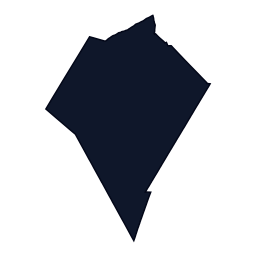 outline of Laren, Noord-Holland, Netherlands
{"feature_id": "6326949B16072016096330", "entity_name": "Laren", "entity_type": "district", "adm_level": 2, "iso_a3": "NLD", "parent_name": "Netherlands", "parent_adm1": "Noord-Holland", "projection": "robinson", "projection_center": [5.227, 52.243], "detail": "fine", "context": "isolated", "style": "filled", "palette": "ink", "viewbox_px": 256, "rotation_deg": 0, "n_neighbors": 0, "source": "geoboundaries", "source_scale": "gbopen_adm2", "svg_char_len": 5533}
<svg xmlns="http://www.w3.org/2000/svg" viewBox="0 0 256 256"><path d="M150.7,192.2L147.8,192.1L147.4,192.1L146.0,192.0L145.3,192.0L145.4,191.8L145.5,191.6L145.7,191.4L145.8,191.2L146.1,190.7L146.7,189.7L146.9,189.3L147.1,189.0L147.3,188.6L147.6,188.1L147.8,187.8L148.3,187.0L148.7,186.3L148.8,186.3L149.1,185.7L149.3,185.4L149.5,185.1L149.9,184.3L150.1,184.1L150.2,183.9L150.4,183.5L150.6,183.1L150.9,182.8L151.1,182.4L151.4,181.9L151.8,181.1L152.4,180.2L152.5,180.1L152.6,179.9L152.8,179.5L153.0,179.2L153.2,178.9L153.4,178.5L153.7,178.0L154.1,177.4L154.3,177.0L155.2,175.5L155.3,175.4L155.4,175.2L155.5,175.0L155.8,174.5L156.1,174.1L156.3,173.8L156.6,173.2L157.3,172.1L157.4,171.9L157.6,171.6L158.0,170.9L158.3,170.3L158.4,170.2L158.7,169.7L158.9,169.4L159.0,169.2L159.3,168.7L160.0,167.4L160.3,167.0L160.5,166.7L160.8,166.2L162.0,164.1L162.4,163.4L162.9,162.6L163.1,162.3L163.3,161.9L163.7,161.3L163.8,161.1L163.9,160.9L164.2,160.5L164.3,160.3L164.4,160.1L164.6,159.7L164.9,159.3L165.2,158.8L165.4,158.5L165.5,158.2L165.7,157.9L165.9,157.6L166.3,156.9L166.7,156.2L167.1,155.6L167.4,155.1L167.9,154.2L168.1,153.8L168.8,152.7L169.0,152.3L169.2,152.1L169.8,151.0L170.0,150.7L170.4,150.0L170.7,149.5L170.9,149.3L171.0,149.1L171.3,148.5L171.8,147.8L172.0,147.4L172.2,147.1L172.3,146.8L172.8,146.1L173.0,145.7L173.2,145.3L173.4,145.0L173.6,144.8L173.7,144.5L174.0,144.1L174.2,143.8L174.3,143.5L174.8,142.7L175.2,142.1L175.6,141.5L175.7,141.3L175.8,141.0L176.0,140.7L176.3,140.2L176.5,139.8L176.7,139.5L177.0,139.1L177.2,138.6L177.6,138.0L178.2,137.0L178.4,136.8L178.5,136.6L178.8,136.1L179.0,135.7L179.3,135.2L180.5,133.3L180.6,133.1L180.7,132.9L180.8,132.7L181.1,132.2L181.3,131.9L182.0,130.7L182.2,130.4L182.5,129.9L182.7,129.5L182.9,129.2L183.4,128.4L183.6,128.1L183.8,127.8L184.3,127.0L184.9,126.0L185.3,125.3L185.7,124.6L186.0,124.1L186.3,123.6L186.5,123.3L186.8,122.8L187.1,122.2L187.9,120.9L188.7,119.5L189.0,119.1L189.4,118.3L189.6,118.1L190.0,117.4L190.2,117.1L190.4,116.7L190.7,116.2L191.0,115.6L191.5,114.8L192.0,114.1L192.2,113.7L193.2,112.0L193.3,111.9L193.4,111.7L193.6,111.3L193.7,111.2L193.8,110.9L194.2,110.3L194.4,109.9L194.6,109.6L194.9,109.1L195.3,108.5L195.5,108.1L195.6,107.9L195.8,107.6L196.0,107.3L196.5,106.4L196.7,106.1L197.0,105.6L197.4,105.0L197.4,104.9L197.5,104.8L197.6,104.6L197.9,104.2L198.0,103.9L198.3,103.6L198.5,103.2L198.6,102.9L198.9,102.5L199.0,102.3L199.1,102.2L199.3,101.8L199.4,101.6L199.7,101.1L199.9,100.8L200.5,99.8L200.6,99.6L200.9,99.2L201.1,98.8L201.4,98.3L201.9,97.5L202.0,97.4L202.2,97.0L202.9,95.8L204.1,93.9L204.3,93.5L204.5,93.2L205.0,92.3L205.3,91.9L205.4,91.7L205.7,91.1L205.9,90.9L206.4,90.1L206.6,89.7L207.8,87.7L208.1,87.3L208.6,86.4L208.8,86.1L209.0,85.8L209.1,85.5L209.2,85.4L209.4,85.0L209.5,84.9L209.7,84.6L209.8,84.4L210.0,84.0L210.1,83.8L209.2,83.7L206.9,83.5L207.1,83.1L206.1,82.0L205.1,81.0L200.9,76.7L195.3,70.9L194.3,69.9L190.1,65.6L189.5,65.0L184.7,60.0L182.6,57.8L181.2,56.3L180.6,55.7L180.4,55.5L178.4,53.4L173.3,48.0L172.9,47.6L172.3,46.9L171.3,45.8L170.8,45.7L168.5,45.8L167.8,45.8L166.9,43.5L166.4,42.4L166.1,42.5L164.8,42.9L163.9,41.6L159.6,37.9L157.6,36.0L156.2,34.5L155.5,33.8L154.7,34.3L154.4,33.9L154.1,33.6L154.1,33.4L154.3,32.8L154.3,32.7L154.4,32.4L154.5,32.2L154.6,31.7L154.7,31.2L154.7,30.8L154.7,30.6L154.7,30.1L154.7,29.8L154.7,29.5L154.7,29.2L154.8,28.8L154.8,28.6L154.8,28.3L154.9,27.9L154.9,27.6L155.0,26.9L155.0,26.6L155.1,26.1L155.1,25.7L155.2,25.3L155.2,25.2L155.1,24.9L155.0,24.6L155.0,24.3L154.9,24.2L154.8,23.9L154.5,23.4L154.5,23.2L154.4,23.1L154.4,22.9L154.3,22.4L154.1,21.3L154.0,21.2L153.9,21.0L153.9,20.8L153.8,20.4L153.8,20.1L153.7,19.8L153.7,19.4L153.7,19.1L153.6,18.7L153.6,18.3L153.5,17.9L153.4,17.4L153.3,17.1L153.1,16.5L153.1,16.3L153.0,16.2L153.0,15.9L152.9,15.4L152.6,15.4L152.1,15.7L150.9,16.4L149.3,17.3L148.9,17.5L148.5,17.7L147.2,18.2L147.0,18.3L146.3,18.6L145.8,19.0L145.3,19.4L144.7,19.8L143.7,20.6L143.1,20.9L142.8,21.1L142.3,21.3L141.1,21.8L140.5,22.2L140.3,22.3L139.9,22.5L139.2,22.9L138.8,23.1L138.5,23.2L137.7,23.5L137.4,23.6L135.6,24.3L135.1,24.8L134.4,25.4L133.6,26.1L132.6,26.6L131.8,27.1L131.4,27.3L130.5,28.0L128.8,29.0L128.2,29.5L127.9,29.9L127.6,29.9L127.4,30.0L126.7,30.2L126.0,30.4L125.8,30.4L125.6,30.5L125.1,30.8L124.6,31.0L124.3,31.1L123.9,31.2L123.4,31.4L123.1,31.4L122.5,31.5L122.2,31.5L121.7,31.7L121.5,31.8L121.3,31.9L121.1,32.1L120.7,32.3L120.3,32.5L120.0,32.5L119.5,32.6L119.2,32.6L118.9,32.7L118.6,32.8L118.3,33.0L118.0,33.2L117.6,33.5L117.3,33.7L117.0,33.9L115.9,34.6L114.6,35.2L114.3,35.3L113.5,35.5L113.1,35.7L112.4,36.0L112.0,36.3L111.6,36.6L110.9,37.0L110.5,37.4L110.3,37.6L109.7,37.9L109.0,38.3L108.7,38.5L108.2,38.9L107.8,39.2L107.2,39.8L106.7,40.3L106.0,40.7L105.8,40.9L105.4,41.2L104.8,41.1L93.6,37.9L89.6,36.8L87.8,39.8L78.6,55.0L64.6,77.9L61.4,83.2L56.4,91.5L52.8,97.4L45.9,109.0L50.1,112.6L56.0,117.7L60.7,121.7L65.5,125.8L69.2,129.0L75.4,134.2L76.7,136.6L78.9,140.6L83.4,148.8L86.9,155.2L89.1,159.3L90.0,160.8L92.0,164.4L93.8,167.8L100.1,179.2L101.7,182.2L101.8,182.2L109.3,196.0L110.6,198.3L111.7,200.3L112.5,201.9L114.1,204.7L120.3,216.0L122.5,220.0L124.3,223.2L131.3,236.1L133.8,240.6L134.8,237.8L135.5,235.7L135.6,235.2L136.6,232.2L137.3,229.9L138.1,227.5L138.3,227.1L138.6,226.3L138.8,225.5L139.1,224.8L139.2,224.4L139.5,223.7L140.1,221.7L140.4,221.0L140.5,220.7L140.7,219.9L141.3,218.5L141.7,217.3L143.4,212.4L144.1,210.5L144.4,209.7L145.2,207.3L146.2,204.6L147.0,202.2L148.9,196.9L149.8,194.5L150.1,193.8L150.7,192.2Z" fill="#0f172a" stroke="#020617" stroke-width="1.5"/></svg>